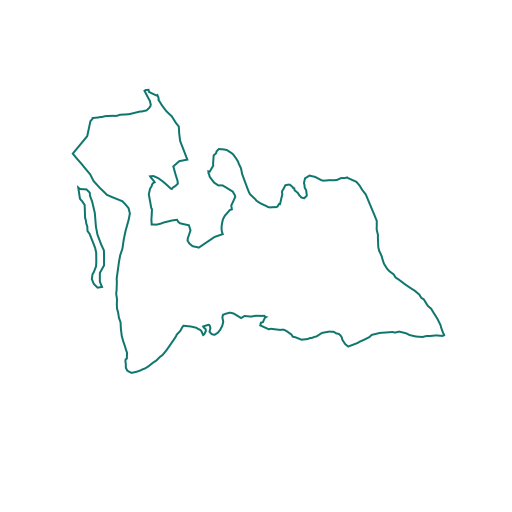 the district of Tahta, Suhaj, Egypt, rotated 192°
{"feature_id": "37247803B8272861874741", "entity_name": "Tahta", "entity_type": "district", "adm_level": 2, "iso_a3": "EGY", "parent_name": "Egypt", "parent_adm1": "Suhaj", "projection": "albers", "projection_center": [31.471, 26.785], "detail": "fine", "context": "isolated", "style": "outline", "palette": "teal", "viewbox_px": 512, "rotation_deg": 192, "n_neighbors": 0, "source": "geoboundaries", "source_scale": "gbopen_adm2", "svg_char_len": 6019}
<svg xmlns="http://www.w3.org/2000/svg" viewBox="0 0 512 512"><g transform="rotate(192 256 256)"><path d="M456.5,318.0L451.8,314.3L450.9,313.6L445.5,309.6L441.6,306.4L435.2,301.4L430.5,295.6L423.2,290.3L418.2,287.2L414.5,284.8L409.0,283.7L408.5,283.6L398.1,281.8L394.8,279.6L390.6,276.3L388.2,271.3L388.1,264.8L388.8,253.8L388.8,244.9L388.4,238.9L388.2,235.5L388.3,234.4L389.0,228.5L388.8,221.6L387.6,205.0L386.6,201.2L385.3,193.7L384.9,190.0L382.9,184.6L382.1,179.8L380.9,175.4L379.3,172.5L377.2,167.0L374.7,163.0L373.0,156.6L370.7,149.9L368.1,144.9L365.2,140.1L363.4,136.7L362.0,134.6L361.4,130.9L361.0,128.8L362.0,127.8L361.9,125.9L360.9,123.4L360.1,119.6L358.0,117.1L356.4,116.5L354.3,116.0L353.3,115.8L347.7,118.5L344.9,120.3L343.9,121.2L341.1,123.0L338.3,125.7L334.5,130.3L331.7,133.1L328.8,137.6L327.0,139.5L325.0,143.2L324.1,145.0L322.1,149.6L320.2,154.2L318.3,158.8L317.3,161.6L317.3,162.5L316.1,164.4L315.1,166.0L314.4,167.1L313.4,170.8L312.5,172.7L307.8,173.2L305.1,173.5L299.5,173.4L296.8,172.4L295.9,172.4L294.0,171.4L291.3,167.7L290.4,168.6L289.4,172.3L290.3,174.2L292.1,175.1L293.0,176.1L288.3,178.8L287.4,178.8L286.5,177.8L285.6,175.9L285.7,172.2L283.0,170.3L280.2,170.3L279.2,171.2L277.4,173.0L275.5,176.7L275.4,177.6L274.5,180.4L274.4,183.2L274.4,185.0L276.1,188.8L276.1,190.6L276.1,191.6L273.3,193.4L269.6,195.2L265.9,195.1L257.6,192.2L256.7,193.1L254.8,194.9L248.3,195.7L243.7,197.5L239.0,198.4L237.3,198.8L235.3,199.2L234.4,198.3L233.5,198.3L234.5,197.3L235.5,192.7L237.3,191.8L237.4,190.0L237.4,189.0L228.2,187.0L226.3,187.9L217.1,188.7L214.3,189.6L212.5,189.5L209.7,188.6L208.6,188.1L207.7,187.7L205.1,186.6L204.2,185.7L203.3,184.7L200.6,184.7L194.1,183.6L188.5,185.4L185.7,187.2L184.8,187.2L182.0,189.0L180.1,189.9L178.2,191.8L175.4,194.5L168.9,197.2L164.3,198.0L162.8,197.5L161.5,197.0L158.8,197.0L157.0,196.0L156.0,195.1L155.1,194.1L154.7,193.2L154.3,192.3L153.4,191.3L150.6,188.5L148.8,187.5L147.0,186.6L144.2,188.4L141.4,190.2L138.6,192.0L136.7,193.8L132.9,196.5L128.3,200.2L126.4,202.9L122.6,204.7L118.9,206.5L106.8,210.0L104.1,210.0L100.3,211.8L96.6,211.7L93.0,211.6L89.3,210.6L82.8,210.5L76.3,211.4L72.6,213.2L68.9,214.0L63.3,215.8L56.9,216.6L55.5,217.7L55.8,218.3L56.7,219.2L58.5,222.0L60.2,224.8L61.1,226.7L65.6,232.4L68.3,235.2L70.2,237.1L72.0,239.0L73.8,240.9L77.4,242.8L78.6,244.0L82.9,248.5L85.6,249.4L88.3,252.3L90.1,253.2L93.8,255.2L96.5,256.1L103.9,259.1L112.1,262.9L114.9,263.9L117.6,266.7L122.1,268.7L124.9,270.6L125.8,271.5L128.5,274.3L129.4,275.3L132.1,280.0L133.0,281.9L135.7,285.6L136.6,286.6L138.3,290.3L140.9,300.6L140.9,301.5L143.5,307.1L144.4,311.8L145.2,315.5L149.2,321.4L161.4,339.0L165.9,342.8L169.5,346.6L173.2,349.4L182.4,351.4L183.1,351.8L185.3,350.7L189.0,349.9L192.7,347.2L195.5,346.3L200.1,345.4L202.9,344.5L205.7,343.7L207.6,343.7L211.2,344.7L214.9,345.7L217.7,345.7L218.6,345.7L220.4,345.8L222.3,343.9L224.2,342.1L224.2,340.3L224.3,337.5L223.4,335.6L222.5,332.8L220.7,330.9L219.0,326.2L219.0,325.3L220.9,322.5L222.3,322.6L223.7,322.6L226.4,324.5L228.2,326.4L231.9,328.3L232.7,330.2L233.7,330.2L234.6,331.1L236.4,332.1L237.8,332.8L239.3,332.5L242.0,331.3L243.0,327.6L243.9,324.8L243.9,323.9L243.1,322.0L243.1,321.1L243.2,317.4L243.2,316.4L243.3,311.8L244.2,311.8L245.2,309.0L246.1,308.1L249.8,307.2L252.6,306.4L254.4,306.4L257.0,307.2L258.1,307.4L259.1,307.6L262.7,308.5L263.3,308.7L265.4,309.5L267.1,310.2L268.5,311.4L270.0,312.3L271.8,313.4L274.6,315.1L276.3,317.1L276.6,317.6L279.2,321.5L279.9,322.7L281.7,325.5L283.3,328.0L283.8,328.8L286.6,333.3L288.8,338.4L289.1,338.9L289.5,339.4L291.9,342.5L292.3,343.1L293.1,344.5L294.7,346.2L296.1,347.6L298.7,349.9L299.5,350.6L300.9,351.4L301.6,351.7L306.4,353.5L307.1,353.6L307.8,353.6L309.9,353.5L314.6,352.9L316.3,350.2L316.4,348.3L318.3,345.6L317.7,341.1L317.3,338.2L317.1,337.0L316.6,335.5L317.6,332.6L318.5,329.8L318.8,328.9L320.2,328.9L319.7,327.3L319.5,326.8L318.7,325.8L318.4,325.2L317.8,323.9L316.0,322.3L312.3,319.1L307.5,317.2L303.4,318.1L300.4,317.1L292.2,314.2L289.5,311.3L288.6,309.5L289.6,304.9L290.7,300.3L289.3,296.6L291.3,295.4L292.2,293.6L292.7,292.7L294.2,290.1L294.8,289.0L295.3,287.5L295.9,285.2L296.0,284.5L296.0,280.9L295.8,278.0L295.5,276.3L295.3,275.3L295.1,274.5L294.5,273.0L294.3,272.4L293.1,270.5L300.5,266.0L313.7,252.3L315.5,252.4L320.1,252.4L323.8,254.4L326.2,256.9L326.4,259.0L325.4,267.4L328.0,272.1L331.7,272.1L337.2,272.2L339.1,273.2L340.8,275.0L345.5,273.3L349.2,271.5L353.0,269.7L355.8,267.9L359.5,266.1L364.6,265.1L365.9,269.9L366.7,275.5L367.5,280.2L368.4,281.1L371.6,289.0L373.7,294.2L373.6,299.8L372.6,302.6L372.5,304.4L371.6,306.2L370.5,307.0L371.5,308.1L375.2,311.0L376.1,311.9L373.3,312.8L372.4,312.8L367.8,311.8L363.2,309.8L359.6,307.9L355.0,305.2L353.2,304.1L352.3,304.1L351.3,305.9L349.4,307.7L347.5,310.5L348.4,313.3L351.1,318.0L355.5,326.4L350.8,332.8L343.2,336.0L354.1,352.7L355.1,355.5L356.7,360.2L357.2,362.2L358.5,366.7L359.5,367.5L362.1,369.6L367.5,375.2L369.3,376.2L373.9,379.1L376.0,380.9L379.3,383.8L380.2,384.7L381.1,385.7L383.0,387.6L383.9,388.5L383.8,389.4L384.7,391.3L385.6,392.3L385.9,392.9L386.6,392.3L391.1,393.3L394.8,394.3L395.7,396.2L398.5,395.3L399.4,394.4L393.1,386.8L392.2,385.9L391.3,384.0L390.4,382.1L390.5,380.3L391.4,378.4L393.3,375.7L397.1,373.9L399.9,373.0L409.2,368.5L412.0,367.6L418.4,365.9L421.3,364.1L425.9,363.2L432.4,361.5L436.1,359.7L437.0,359.7L438.9,358.8L440.6,358.2L444.5,357.0L444.5,356.1L446.0,353.4L446.0,350.6L446.0,344.0L446.0,338.2L450.6,329.3L453.5,323.8L456.0,319.0L456.5,318.0ZM444.1,286.0L440.6,276.7L440.0,275.3L437.2,273.2L434.3,270.4L433.6,267.9L431.0,257.3L430.3,256.6L428.7,252.3L427.2,249.9L426.0,245.4L423.4,243.1L422.4,241.6L417.4,234.1L414.9,230.2L413.0,226.0L411.0,217.1L410.3,212.6L410.8,209.7L411.2,206.9L412.1,204.3L411.8,199.3L408.9,195.0L404.4,192.1L400.2,193.7L403.4,198.4L405.2,207.0L402.7,215.2L404.5,223.8L405.9,229.8L409.8,235.0L415.5,243.9L418.6,251.2L422.6,264.5L427.4,274.8L430.9,280.4L431.8,283.4L435.7,285.9L442.1,284.9L444.1,286.0Z" fill="none" stroke="#0f766e" stroke-width="2"/></g></svg>